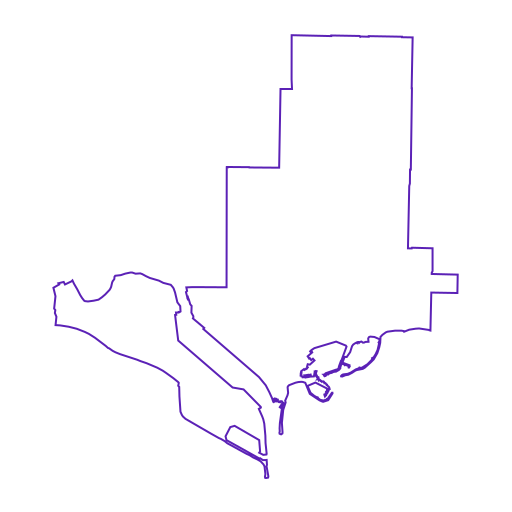 Fremantle, Western Australia, Australia, rotated 271°
{"feature_id": "25037944B1530675969406", "entity_name": "Fremantle", "entity_type": "district", "adm_level": 2, "iso_a3": "AUS", "parent_name": "Australia", "parent_adm1": "Western Australia", "projection": "albers", "projection_center": [115.749, -32.052], "detail": "fine", "context": "isolated", "style": "outline", "palette": "violet", "viewbox_px": 512, "rotation_deg": 271, "n_neighbors": 0, "source": "geoboundaries", "source_scale": "gbopen_adm2", "svg_char_len": 6060}
<svg xmlns="http://www.w3.org/2000/svg" viewBox="0 0 512 512"><g transform="rotate(271 256 256)"><path d="M477.3,408.8L477.3,398.1L477.8,398.1L477.8,364.9L477.2,364.9L477.3,357.1L476.9,356.4L477.8,355.8L477.8,327.4L477.2,327.4L477.4,287.8L433.0,288.5L423.6,289.1L423.4,277.6L344.7,277.6L344.4,247.8L344.7,247.7L344.5,225.8L344.2,225.9L344.2,225.2L224.2,227.1L223.8,193.4L223.4,186.9L219.8,187.7L218.7,186.6L214.0,187.9L214.2,188.5L212.5,189.0L212.3,188.3L211.2,188.8L211.3,189.6L206.5,191.1L205.0,192.5L198.2,192.4L194.7,194.4L193.4,194.4L192.5,194.0L183.2,205.5L182.1,204.6L135.0,261.1L126.9,268.0L120.1,271.7L114.4,274.4L110.5,275.8L110.2,276.3L110.7,276.8L113.4,276.3L113.9,277.0L113.6,278.5L111.0,278.2L111.0,278.7L113.1,279.0L112.8,280.3L111.0,280.0L110.7,281.1L111.2,281.2L111.0,281.9L110.3,281.8L110.2,283.0L111.3,283.6L111.0,284.7L109.7,285.3L105.3,282.4L104.9,282.9L109.6,285.9L109.2,286.6L107.8,285.5L106.1,284.8L89.4,282.8L84.1,282.6L81.1,282.8L79.7,282.5L78.7,282.7L78.1,284.2L79.0,285.5L80.2,285.6L89.7,284.8L102.6,285.9L110.1,288.2L111.9,287.7L117.2,289.9L119.7,290.5L125.2,289.9L126.1,290.1L127.4,291.3L130.0,297.7L130.7,300.5L131.0,303.3L130.9,305.0L130.1,307.5L119.1,312.2L112.8,322.0L111.6,324.9L111.4,325.7L113.1,330.7L119.9,334.9L120.6,334.8L120.6,334.3L114.6,330.2L114.3,329.3L113.6,328.9L112.7,325.9L113.3,322.8L114.6,320.9L115.8,320.1L115.9,319.1L117.2,316.7L120.2,312.9L127.0,309.8L130.5,317.6L124.4,330.0L123.8,330.1L123.4,329.3L121.7,329.0L121.5,328.5L120.8,328.8L120.2,328.1L119.0,327.8L118.8,327.1L118.3,327.4L118.1,326.9L116.8,327.4L117.8,328.1L117.9,328.5L118.5,328.4L119.7,328.9L119.8,329.6L121.2,329.9L121.5,330.4L123.4,331.2L124.4,331.5L124.4,331.9L125.3,331.7L126.5,331.1L127.0,330.4L127.9,329.6L128.0,329.1L128.4,328.8L128.8,329.0L129.3,328.2L130.1,327.7L130.0,327.1L130.9,326.5L130.6,326.3L131.0,326.1L131.4,325.2L131.8,325.1L131.6,324.5L132.0,323.8L131.8,323.7L132.2,323.4L132.1,322.9L132.9,322.5L132.8,321.9L133.4,321.6L133.2,321.2L133.7,321.0L133.3,320.8L133.9,320.6L133.8,319.8L134.0,320.0L134.6,319.7L134.6,320.0L135.5,320.0L135.5,320.6L135.8,320.6L136.3,319.7L135.7,319.2L136.9,318.2L137.1,318.5L137.5,318.2L137.8,318.6L138.2,318.2L138.7,318.3L139.0,318.0L140.1,318.0L141.9,318.6L142.1,317.8L141.9,317.3L141.7,317.6L141.4,317.4L141.1,316.7L136.6,316.0L136.4,313.2L138.4,312.7L138.2,311.9L136.3,312.2L135.9,310.4L138.1,310.1L137.9,309.0L135.8,309.5L135.4,307.7L137.6,307.3L137.5,306.3L135.7,306.6L135.6,305.5L135.8,305.6L136.3,303.7L137.1,303.7L137.2,302.7L139.0,302.8L139.0,303.4L140.0,303.5L140.0,302.9L141.6,303.2L143.7,305.9L143.0,306.4L144.0,307.7L143.7,307.9L144.3,308.8L144.7,308.5L145.6,309.7L146.5,309.0L148.7,309.6L148.3,311.7L152.6,316.3L154.3,314.7L152.9,313.0L154.9,311.5L154.4,310.9L156.6,309.4L160.6,313.9L161.3,313.5L160.7,312.5L161.6,311.8L163.0,313.2L164.9,316.0L171.8,337.6L168.0,347.4L167.0,348.1L152.3,343.0L152.4,342.7L146.9,340.8L146.2,340.9L145.1,340.3L145.0,340.7L144.7,340.0L144.0,339.5L143.9,338.4L140.0,327.7L138.7,326.5L138.6,325.8L138.3,326.2L137.9,326.0L137.0,326.6L137.3,327.7L138.2,328.3L138.8,329.3L138.8,330.3L139.6,330.9L140.4,332.9L140.4,333.7L140.8,334.0L141.5,335.8L141.7,337.2L142.0,337.6L141.8,338.0L143.5,340.9L144.7,341.9L148.4,342.9L150.1,343.8L149.5,344.7L149.1,346.2L148.6,346.5L149.0,346.9L148.3,348.0L148.2,349.4L147.3,350.3L146.1,350.6L146.1,351.0L147.3,351.6L147.6,351.2L148.4,351.4L150.9,344.3L156.7,346.4L156.6,348.5L161.5,351.8L167.5,353.6L169.1,354.7L170.2,356.2L171.0,357.6L170.6,358.5L171.5,358.6L171.8,359.5L171.8,360.0L170.9,360.5L171.9,361.5L172.3,362.9L171.2,364.5L171.4,365.8L172.0,366.8L172.2,370.0L175.3,369.6L176.1,369.9L176.8,370.3L177.4,371.6L177.1,375.8L174.9,381.1L172.8,380.8L171.7,380.1L171.3,380.5L169.9,380.4L164.2,379.2L159.9,377.3L157.1,375.6L156.1,374.8L156.2,374.2L155.9,373.8L155.2,374.1L153.8,373.2L149.7,369.3L146.4,364.2L145.9,363.0L146.3,361.3L145.5,360.7L144.4,357.8L141.1,352.8L139.8,349.8L139.1,345.1L138.4,343.9L137.4,343.1L137.1,343.2L137.0,344.4L138.3,347.3L138.9,350.4L140.9,354.1L143.0,357.1L143.7,358.6L145.0,364.7L146.2,366.7L151.8,372.7L154.7,375.5L161.0,379.0L166.8,380.8L171.3,381.7L177.3,381.9L179.4,383.8L181.9,387.1L182.6,388.7L183.8,396.5L183.9,402.7L183.4,405.7L183.0,405.7L185.0,410.5L186.1,416.9L186.4,420.3L185.0,430.9L184.7,430.9L184.5,431.7L222.5,431.9L222.5,458.0L240.9,458.0L241.1,432.0L242.3,432.0L244.0,432.8L266.8,432.4L267.0,411.8L266.3,411.6L266.3,407.8L328.7,408.0L331.1,408.6L345.1,408.5L345.1,409.3L426.4,409.0L426.4,408.7L477.3,408.8ZM183.4,56.8L183.2,61.4L182.0,70.0L180.1,78.1L177.1,86.2L175.2,90.3L171.4,96.5L163.5,107.3L161.5,109.6L161.1,110.8L158.7,114.3L157.3,117.1L155.5,121.8L150.2,139.0L148.9,142.3L146.9,148.5L142.6,159.2L139.7,164.8L137.6,168.0L132.4,175.5L128.5,180.5L127.8,181.0L124.9,180.5L123.8,181.5L114.3,181.9L99.0,183.2L95.9,184.6L94.3,185.7L91.9,188.4L77.5,214.3L73.3,222.1L72.5,224.1L70.3,228.0L68.3,230.5L58.0,250.1L56.7,253.1L54.5,256.7L52.7,260.8L50.8,264.2L47.7,267.2L45.7,268.2L38.1,269.2L35.3,268.8L34.3,269.1L34.2,269.9L34.6,271.9L35.5,272.2L36.5,272.1L46.0,270.2L47.4,270.6L52.3,270.2L52.1,268.9L52.1,266.4L53.8,263.7L53.4,263.3L71.4,229.7L75.2,228.7L84.5,233.3L85.8,237.6L72.0,262.4L60.7,263.5L59.4,262.6L57.3,266.7L57.7,269.9L58.4,270.1L69.2,268.8L76.5,268.5L88.5,267.2L92.9,266.1L95.7,265.0L103.2,261.5L104.5,263.5L105.2,263.4L122.4,245.9L124.1,234.9L170.1,179.7L195.6,176.1L195.8,177.3L198.1,177.0L198.1,179.5L198.7,179.6L198.6,180.6L199.2,181.5L204.6,181.1L208.3,178.2L218.1,175.7L222.1,174.2L223.3,173.4L225.7,171.3L227.5,163.8L229.7,159.3L232.2,150.2L233.9,146.4L235.9,142.6L236.6,140.6L236.2,135.9L237.3,132.5L237.3,130.8L236.1,125.6L234.5,121.1L233.8,115.6L232.8,114.9L230.4,114.7L228.2,113.1L226.9,112.6L222.6,111.7L221.0,111.0L219.6,110.2L214.9,105.9L212.0,102.6L209.6,99.3L208.5,94.6L207.6,88.8L207.9,85.8L208.3,85.0L211.0,82.8L213.9,80.9L219.5,77.9L225.3,74.4L228.4,72.9L227.4,71.9L224.2,65.5L226.7,64.2L225.3,58.9L224.1,59.7L220.7,54.0L212.3,56.2L199.9,55.1L198.4,56.3L195.5,55.9L191.8,57.5L183.4,56.8Z" fill="none" stroke="#5b21b6" stroke-width="2"/></g></svg>